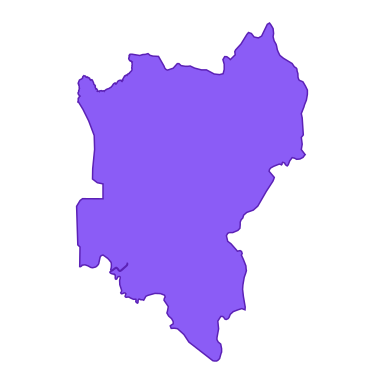 outline of Ngerutchei, Ngeremlengui, Palau
{"feature_id": "81905179B75346360802885", "entity_name": "Ngerutchei", "entity_type": "district", "adm_level": 2, "iso_a3": "PLW", "parent_name": "Palau", "parent_adm1": "Ngeremlengui", "projection": "natural_earth1", "projection_center": [134.542, 7.526], "detail": "fine", "context": "isolated", "style": "filled", "palette": "violet", "viewbox_px": 384, "rotation_deg": 0, "n_neighbors": 0, "source": "geoboundaries", "source_scale": "gbopen_adm2", "svg_char_len": 5751}
<svg xmlns="http://www.w3.org/2000/svg" viewBox="0 0 384 384"><path d="M305.6,155.2L301.3,149.6L302.2,144.2L301.3,137.4L303.3,134.9L302.2,117.9L301.3,113.6L303.9,107.0L304.5,104.8L306.4,100.1L307.4,94.2L307.4,90.1L305.5,86.2L303.0,81.9L301.6,81.2L300.1,80.7L298.8,79.7L298.0,77.2L297.9,73.6L297.1,71.1L296.9,69.0L295.9,67.7L294.4,66.9L292.1,63.5L283.5,58.3L279.9,55.4L278.2,52.0L277.3,49.7L276.6,46.1L276.1,44.3L274.1,40.8L273.1,36.7L273.6,33.5L273.1,28.6L271.0,25.0L269.5,23.0L267.3,24.3L261.6,36.1L258.4,37.9L254.1,37.0L251.4,33.5L248.5,32.5L246.9,34.4L241.0,44.0L235.6,49.9L234.8,51.6L235.2,54.8L230.3,59.6L229.3,58.5L226.8,56.7L224.7,56.6L222.9,59.6L224.2,64.2L224.2,69.5L223.1,73.7L219.6,74.6L214.2,74.0L206.5,69.9L201.5,69.9L194.6,68.1L190.2,66.0L187.9,66.3L185.3,66.3L181.1,65.6L178.9,63.6L177.3,63.6L173.2,68.2L167.5,70.1L166.1,69.5L164.9,68.3L163.9,65.9L158.5,56.4L152.9,56.1L150.0,55.3L148.0,53.6L145.3,54.4L142.9,54.5L139.8,55.5L132.0,54.2L130.5,54.2L130.1,54.3L130.1,54.5L129.8,54.4L129.6,54.6L129.2,55.4L129.4,55.9L129.1,56.0L129.2,56.9L129.0,57.2L129.1,57.6L128.8,58.0L128.7,58.8L129.7,60.6L130.5,61.1L131.0,61.3L131.0,61.0L131.4,61.2L131.8,61.5L131.8,62.1L132.2,62.2L132.0,62.6L132.1,63.7L132.2,64.2L132.1,64.5L132.2,64.9L131.9,65.6L132.0,65.9L132.0,66.6L131.9,66.9L131.7,68.1L132.1,69.0L131.7,70.5L131.4,70.9L130.6,71.7L130.3,72.1L129.6,72.6L129.4,73.4L128.6,73.6L128.1,74.0L127.7,74.1L127.6,74.5L127.3,74.6L127.1,75.1L126.9,74.9L126.2,75.0L126.0,75.4L125.3,75.7L125.1,76.0L124.7,75.9L124.2,76.6L124.0,77.2L123.2,78.4L122.8,79.3L122.9,79.8L122.6,79.8L122.5,80.8L122.0,81.5L121.8,81.4L122.2,80.8L121.4,80.3L120.8,80.5L120.5,80.2L120.1,80.2L118.8,80.6L118.7,80.8L117.9,81.2L117.5,81.8L116.8,83.1L115.9,84.1L115.6,83.9L115.5,83.4L115.3,83.1L115.1,83.3L114.8,83.1L114.6,83.4L113.8,83.6L112.9,84.7L112.4,85.8L111.6,86.4L110.9,87.4L110.2,87.6L109.1,88.4L107.7,88.9L107.2,89.0L106.5,89.5L106.2,89.5L104.6,90.8L104.1,90.7L103.9,90.8L103.9,91.1L103.6,90.9L103.0,90.8L102.6,90.9L102.3,91.2L102.1,91.2L102.0,90.9L101.4,90.6L100.7,90.7L100.5,90.9L99.9,90.8L99.1,91.1L99.1,91.4L98.8,91.2L97.5,91.4L97.3,91.3L97.6,90.8L97.5,90.1L96.9,89.3L96.5,89.3L96.5,89.0L96.1,89.2L95.9,88.9L96.1,88.7L95.4,87.8L95.3,87.4L95.3,86.6L95.2,86.6L95.3,85.8L95.0,85.5L94.8,85.0L94.4,84.8L93.9,84.3L93.5,82.7L92.4,80.3L91.9,79.7L91.6,79.7L91.1,80.0L90.9,79.9L90.8,80.2L89.9,79.5L89.8,78.5L89.4,78.1L89.2,78.2L88.5,77.7L88.0,77.6L88.3,77.5L87.2,76.9L86.8,77.2L86.0,76.9L85.7,76.4L85.0,75.9L84.0,75.9L83.8,75.7L82.8,76.7L82.6,78.0L82.3,78.1L82.1,78.5L81.6,79.0L80.3,79.5L79.4,80.1L78.2,83.1L78.2,83.5L78.3,84.0L78.7,84.2L79.4,84.2L78.9,84.4L78.8,84.6L78.8,85.3L79.2,86.0L79.2,87.9L79.4,88.0L79.5,88.4L79.2,89.0L79.2,89.5L78.7,90.4L78.7,91.6L78.0,92.9L78.2,93.8L78.6,94.8L79.8,95.7L80.0,96.1L79.6,96.2L79.3,96.6L78.9,97.8L78.4,98.0L78.2,98.4L78.2,100.8L78.0,101.4L78.1,101.6L77.9,101.9L78.0,102.2L78.6,102.2L83.0,109.4L88.7,120.9L94.2,135.5L94.6,149.5L92.7,168.7L92.5,179.0L97.3,182.7L103.0,183.9L103.0,198.8L82.5,198.7L80.1,200.5L76.6,206.3L77.8,244.9L80.0,247.0L79.7,266.6L80.4,266.7L81.1,266.3L81.7,265.9L82.0,265.2L85.0,264.8L88.1,265.9L90.7,267.4L92.1,267.7L92.9,267.7L95.3,267.1L96.1,266.7L97.0,266.0L97.5,265.3L98.1,264.8L98.7,263.7L100.1,257.2L100.6,256.3L101.3,255.6L103.0,255.0L105.9,257.0L106.6,257.7L107.3,257.9L109.3,260.1L110.1,261.2L110.5,261.5L110.8,262.0L111.2,262.8L111.3,263.5L111.4,265.7L111.2,267.9L111.0,268.3L111.0,268.7L110.7,269.7L110.9,270.3L111.4,270.4L112.3,270.1L114.8,268.1L116.1,267.4L117.2,267.9L118.1,268.8L119.4,270.7L119.8,270.8L120.2,270.6L120.7,270.4L122.9,268.5L126.1,265.7L126.8,264.8L127.3,263.3L127.5,263.4L127.5,264.7L127.3,265.2L126.7,265.9L122.4,269.8L120.5,271.2L119.4,271.2L118.4,270.3L117.1,268.5L116.7,268.2L115.7,268.2L113.6,269.7L113.1,270.2L111.9,270.9L110.6,271.4L110.1,271.7L109.9,272.3L110.0,272.6L110.8,273.3L112.2,273.9L114.3,274.2L114.3,274.6L115.1,274.9L115.3,275.8L115.2,277.8L115.4,278.9L116.0,279.3L116.8,278.9L117.5,277.5L118.1,276.6L119.6,276.5L120.1,276.9L120.3,277.8L119.6,280.4L119.8,284.7L121.6,290.3L121.4,291.7L120.7,292.8L121.1,293.5L121.7,293.8L122.9,293.5L124.1,292.9L124.9,292.9L125.9,293.8L125.5,295.0L125.3,295.5L125.1,296.5L125.5,297.0L126.2,297.3L128.2,297.0L129.1,297.2L130.9,298.2L133.4,299.3L135.8,299.2L136.0,299.9L135.8,301.7L136.6,302.7L137.6,303.1L138.1,302.1L138.0,300.6L138.8,299.2L139.5,299.1L140.6,299.7L142.8,299.8L143.7,300.2L145.9,296.3L147.8,295.4L154.9,293.4L160.5,293.6L164.5,295.2L165.2,297.0L164.3,298.4L164.0,300.2L168.3,306.6L167.5,310.9L166.9,313.0L168.6,316.0L171.6,318.7L173.2,321.6L173.2,323.8L171.6,324.8L170.2,325.9L171.2,328.4L174.3,328.2L177.5,328.7L183.9,334.5L188.9,342.1L212.8,360.7L214.5,361.0L216.6,361.0L217.8,360.4L219.6,358.6L221.1,353.2L221.6,352.1L221.6,348.7L220.7,344.1L218.2,342.0L216.9,339.5L217.0,337.5L218.6,328.8L217.8,321.1L220.8,316.4L222.7,316.5L223.8,317.4L224.8,319.0L226.1,319.5L228.0,318.7L229.0,317.5L230.3,314.3L233.3,311.6L238.0,309.8L241.8,308.6L245.0,309.8L245.2,307.0L243.4,296.5L242.6,289.4L242.9,285.0L244.2,277.4L245.7,273.1L246.4,270.6L246.1,268.9L245.9,265.9L243.4,259.5L241.4,255.1L242.2,253.5L241.5,251.4L240.0,250.6L237.4,251.2L236.7,250.3L231.1,243.9L227.7,241.3L226.4,235.7L227.7,233.4L229.2,232.6L232.7,232.6L237.9,230.4L239.9,228.3L240.2,224.9L240.2,222.1L241.2,219.7L242.8,218.0L243.6,215.2L246.8,212.4L253.3,210.1L257.8,206.1L266.4,191.2L272.9,181.2L273.8,179.0L274.3,177.4L269.1,171.3L269.5,169.5L270.8,167.9L273.7,166.3L279.2,164.1L280.7,164.4L281.4,164.9L282.0,164.4L282.1,163.1L282.8,162.3L284.6,163.0L285.4,164.6L286.3,165.4L287.2,165.9L288.2,164.8L289.7,160.9L292.2,157.6L294.6,158.2L296.6,159.3L300.0,159.0L303.0,157.4L304.2,155.8L304.9,154.6L305.6,155.2Z" fill="#8b5cf6" stroke="#5b21b6" stroke-width="1.5"/></svg>